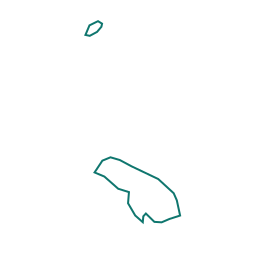 SVG path tracing the border of Rum Cay, rotated 42°
{"feature_id": "BHS-5032", "entity_name": "Rum Cay", "entity_type": "District", "adm_level": 1, "iso_a3": "BHS", "parent_name": "The Bahamas", "parent_adm1": "", "projection": "orthographic", "projection_center": [-74.928, 23.749], "detail": "fine", "context": "isolated", "style": "outline", "palette": "teal", "viewbox_px": 256, "rotation_deg": 42, "n_neighbors": 0, "source": "natural_earth", "source_scale": "10m", "svg_char_len": 498}
<svg xmlns="http://www.w3.org/2000/svg" viewBox="0 0 256 256"><g transform="rotate(42 128 128)"><path d="M156.3,154.1L184.6,145.7L205.6,145.9L212.7,149.1L225.3,158.2L219.7,167.8L216.1,175.6L210.4,180.1L198.5,179.6L198.5,183.4L202.0,188.1L191.9,188.2L178.4,183.9L171.6,175.0L161.4,179.7L142.9,179.9L132.9,183.4L130.8,169.4L134.6,161.5L143.3,157.3L156.3,154.1ZM38.9,67.8L40.5,70.6L40.7,77.3L37.9,85.1L34.1,87.3L30.7,77.5L34.2,68.7L38.9,67.8Z" fill="none" stroke="#0f766e" stroke-width="2"/></g></svg>